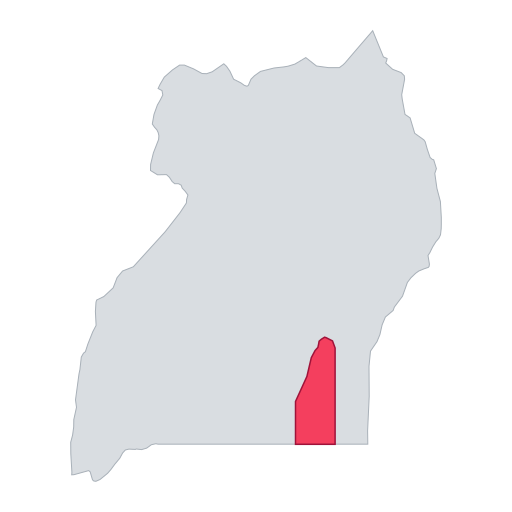 Uganda, with Buvuma highlighted
{"feature_id": "UGA-5598", "entity_name": "Buvuma", "entity_type": "District", "adm_level": 1, "iso_a3": "UGA", "parent_name": "Uganda", "parent_adm1": "", "projection": "natural_earth1", "projection_center": [33.174, -0.326], "detail": "fine", "context": "in_parent", "style": "filled", "palette": "rose", "viewbox_px": 512, "rotation_deg": 0, "n_neighbors": 0, "source": "natural_earth", "source_scale": "10m", "svg_char_len": 2499}
<svg xmlns="http://www.w3.org/2000/svg" viewBox="0 0 512 512"><path d="M367.8,444.2L360.3,444.2L348.1,444.2L336.0,444.2L323.8,444.2L311.6,444.2L299.5,444.2L287.3,444.2L275.1,444.2L263.0,444.2L250.8,444.2L238.6,444.2L226.5,444.2L214.3,444.2L202.1,444.2L190.0,444.2L177.8,444.2L165.6,444.2L158.5,444.2L157.0,444.0L156.0,443.7L151.4,444.7L146.7,448.1L141.6,449.6L136.2,449.0L135.5,449.4L132.8,449.3L128.9,449.1L125.3,450.0L122.6,453.0L119.8,458.2L114.8,464.2L110.9,469.5L107.6,473.3L100.0,479.5L95.9,481.3L93.8,481.0L92.5,479.8L90.2,471.9L88.7,470.6L73.9,474.7L71.7,474.8L71.9,472.3L70.8,453.7L70.7,442.3L72.6,435.1L73.7,426.9L73.8,419.6L76.5,407.3L75.5,399.9L79.0,373.9L79.9,369.7L81.3,357.1L83.5,353.2L85.4,351.7L87.9,344.0L92.8,331.7L96.1,325.4L95.4,311.5L96.0,302.1L96.7,300.0L103.9,296.5L113.2,287.8L117.1,277.6L122.6,271.0L133.3,266.8L165.2,231.7L180.0,212.7L186.4,203.0L186.6,199.5L187.9,195.0L185.3,191.4L182.2,188.1L181.2,185.2L178.5,183.7L174.7,183.7L172.2,181.6L169.4,177.3L166.5,174.6L157.5,174.8L150.5,170.5L150.6,164.5L153.4,152.9L158.6,139.5L158.9,135.8L158.2,132.6L156.9,129.9L154.5,127.2L152.3,124.0L154.0,114.4L157.4,105.0L160.1,100.3L162.8,95.0L162.0,90.6L158.1,88.5L160.1,84.3L164.3,77.1L172.5,69.9L179.6,65.1L184.4,65.1L193.6,68.9L202.0,73.5L206.6,73.7L212.2,71.8L223.8,63.8L226.5,66.3L229.9,71.2L233.6,79.2L240.9,82.9L244.4,85.4L246.9,86.2L248.3,85.5L251.0,79.2L254.4,75.8L260.5,71.4L274.1,68.0L283.9,66.9L288.0,66.2L294.9,64.1L305.8,57.6L316.5,66.0L328.2,67.6L339.4,67.6L342.9,65.0L344.9,63.1L356.7,49.3L372.7,30.7L383.4,56.9L387.1,58.5L386.6,60.8L385.7,63.0L392.6,69.3L401.2,72.6L404.3,75.8L404.6,79.3L401.7,94.7L402.2,99.0L405.0,114.4L410.1,117.9L414.7,133.3L423.9,139.9L425.2,141.8L427.3,149.3L430.1,157.5L432.3,159.4L433.7,159.8L436.4,168.6L434.8,173.4L436.9,188.3L440.4,201.6L441.3,217.5L441.3,224.5L441.2,228.7L440.5,234.8L438.8,238.3L435.9,241.7L432.6,247.0L429.8,252.7L428.0,255.5L429.4,264.1L429.1,266.4L428.3,267.4L424.1,268.8L418.8,271.0L415.6,273.3L411.0,277.7L407.4,282.4L402.5,296.2L394.4,307.0L393.1,310.5L385.4,317.0L382.1,324.9L379.9,334.6L377.0,341.6L370.5,351.1L369.0,366.2L369.2,396.4L367.6,430.7L367.8,444.2Z" fill="#d9dde1" stroke="#a8b0b8" stroke-width="1"/><path d="M335.1,444.3L324.7,444.3L312.1,444.3L299.6,444.3L295.5,444.3L295.5,401.5L306.9,376.5L311.3,357.7L315.1,350.5L317.9,347.4L318.6,344.1L319.1,341.2L321.4,339.2L324.6,337.2L326.2,337.7L332.5,340.9L335.1,348.0L335.1,444.3L335.1,444.3Z" fill="#f43f5e" stroke="#9f1239" stroke-width="1.5"/></svg>